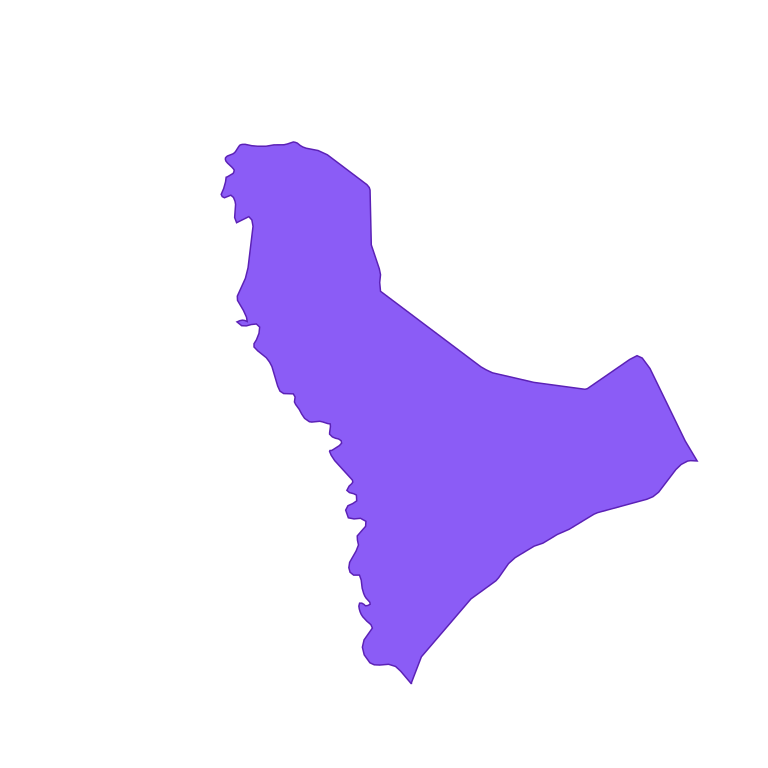 the Department of Ñeembucú, rotated 316°
{"feature_id": "PRY-610", "entity_name": "Ñeembucú", "entity_type": "Department", "adm_level": 1, "iso_a3": "PRY", "parent_name": "Paraguay", "parent_adm1": "", "projection": "natural_earth1", "projection_center": [-58.039, -26.618], "detail": "fine", "context": "isolated", "style": "filled", "palette": "violet", "viewbox_px": 768, "rotation_deg": 316, "n_neighbors": 0, "source": "natural_earth", "source_scale": "10m", "svg_char_len": 2691}
<svg xmlns="http://www.w3.org/2000/svg" viewBox="0 0 768 768"><g transform="rotate(316 384 384)"><path d="M329.0,244.0L331.5,240.4L334.0,233.4L336.7,222.1L339.5,218.9L357.7,211.7L367.0,205.9L399.3,179.6L402.9,174.2L403.0,169.7L390.0,165.6L392.2,160.5L401.9,151.8L403.7,149.2L405.3,145.3L405.0,141.8L398.6,139.2L397.8,136.8L398.6,134.5L404.5,132.0L410.3,128.6L414.1,125.6L415.1,126.1L421.8,127.7L423.2,127.2L424.8,126.1L425.1,124.7L425.2,122.3L424.9,116.6L425.1,113.9L425.8,112.4L426.9,111.3L428.2,111.1L429.7,111.2L435.2,113.5L437.2,113.8L438.9,113.6L444.8,112.2L446.5,112.1L448.4,113.1L450.6,115.1L454.4,120.7L458.2,125.1L464.3,131.0L470.9,135.5L478.2,142.4L481.2,144.2L486.9,146.9L488.0,148.4L489.0,150.5L489.4,154.1L490.2,157.0L491.8,160.3L498.8,170.3L502.5,179.8L510.2,228.9L509.9,232.4L508.7,234.8L471.5,275.1L460.7,297.8L457.4,303.0L451.4,308.0L445.9,314.9L465.6,438.8L467.3,444.7L469.8,451.3L492.9,486.9L524.9,527.4L527.0,528.6L577.7,537.0L585.7,539.4L587.8,544.7L586.1,557.6L561.1,634.2L555.9,656.5L555.8,656.9L551.3,652.1L548.8,650.3L542.9,648.6L541.8,648.3L534.5,648.3L506.4,652.6L499.2,651.9L497.4,651.2L493.0,649.5L447.9,624.7L447.7,624.7L444.6,623.5L416.2,617.1L404.1,612.6L391.7,609.8L387.8,608.9L379.3,604.9L379.2,604.9L362.6,601.1L357.6,600.0L348.8,599.7L331.9,603.0L327.8,603.3L297.3,599.0L221.4,606.2L196.5,617.8L195.3,618.9L195.4,618.7L196.5,602.1L196.1,595.2L192.6,588.8L185.7,583.2L181.9,579.2L180.2,574.8L181.6,565.1L185.6,558.3L191.9,554.2L206.1,551.5L207.4,548.0L206.9,542.9L207.0,536.8L207.6,533.8L208.6,531.2L209.9,528.7L211.6,526.3L214.2,524.7L215.8,526.2L216.5,528.6L216.5,529.9L216.7,530.8L218.7,532.2L218.8,532.2L221.1,532.8L222.2,531.1L222.4,525.5L222.9,523.1L223.9,520.5L226.4,515.8L231.4,509.2L233.6,504.4L229.4,500.4L228.8,495.9L231.1,491.7L235.4,488.4L247.8,484.8L253.8,482.1L256.4,477.9L259.2,474.7L265.7,474.1L271.9,473.6L275.6,470.2L273.8,464.3L268.7,460.2L265.4,455.5L268.8,448.1L273.5,446.5L278.5,448.3L283.2,449.1L287.0,444.7L286.0,441.9L283.7,438.1L283.4,434.7L288.0,433.2L291.4,433.3L293.4,432.9L294.5,431.2L295.3,404.9L296.5,398.6L298.0,394.7L298.9,394.3L300.3,395.5L309.1,397.3L312.4,397.1L313.8,395.0L313.1,391.9L311.4,389.3L310.1,386.2L310.0,382.3L311.1,381.2L315.8,377.5L317.6,375.4L316.1,373.5L313.6,368.8L311.9,366.2L305.6,361.2L304.1,359.3L303.0,353.6L303.9,348.5L305.4,343.3L306.2,337.4L307.1,334.7L311.0,331.6L311.9,328.1L305.2,321.2L304.2,316.9L306.1,311.6L315.5,293.6L316.9,288.8L317.6,283.3L316.2,272.5L316.2,267.1L318.5,264.7L322.9,263.6L329.3,260.7L334.1,256.7L333.9,252.2L329.8,249.0L325.4,246.6L322.1,243.2L321.4,237.2L324.3,238.3L326.5,239.7L328.0,241.6L329.0,244.0Z" fill="#8b5cf6" stroke="#5b21b6" stroke-width="1.5"/></g></svg>